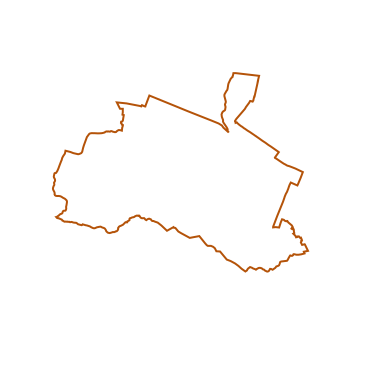 outline of Greci, Tulcea, Romania, rotated 143°
{"feature_id": "2599482B78570250363817", "entity_name": "Greci", "entity_type": "district", "adm_level": 2, "iso_a3": "ROU", "parent_name": "Romania", "parent_adm1": "Tulcea", "projection": "mercator", "projection_center": [28.252, 45.183], "detail": "fine", "context": "isolated", "style": "outline", "palette": "amber", "viewbox_px": 384, "rotation_deg": 143, "n_neighbors": 0, "source": "geoboundaries", "source_scale": "gbopen_adm2", "svg_char_len": 5984}
<svg xmlns="http://www.w3.org/2000/svg" viewBox="0 0 384 384"><g transform="rotate(143 192 192)"><path d="M87.4,262.0L89.4,260.2L90.0,260.0L90.3,259.5L91.0,259.5L93.0,259.1L97.4,256.8L98.3,256.1L101.6,252.9L102.6,252.2L103.6,252.0L106.6,250.7L107.4,250.3L107.9,249.8L108.5,248.9L110.5,244.0L111.2,243.2L112.7,242.3L113.1,241.9L113.7,240.6L113.7,240.3L114.4,239.3L114.8,239.0L116.0,237.8L116.6,237.5L119.0,237.6L120.1,237.2L121.7,236.2L122.8,234.3L123.2,233.2L123.8,231.0L124.0,230.6L124.7,229.8L124.9,229.3L125.1,228.6L125.4,222.7L125.7,221.0L125.8,220.6L126.2,220.2L126.6,219.9L126.8,218.5L126.8,218.3L127.0,218.3L128.2,224.5L128.1,227.1L129.5,230.7L133.5,237.4L142.8,252.6L147.0,259.5L153.6,270.6L168.0,294.7L177.0,289.0L177.8,288.4L178.3,288.9L179.7,291.5L180.2,291.4L181.0,290.9L181.1,291.0L181.6,291.8L182.5,292.8L190.9,302.1L198.1,308.8L199.4,301.8L197.2,300.1L199.3,297.3L201.0,295.6L200.2,294.5L204.3,290.6L205.1,290.4L205.7,290.5L206.3,290.8L207.2,289.9L207.2,289.7L207.0,289.3L207.1,288.7L207.4,288.3L207.5,288.0L206.9,287.1L207.3,286.6L209.1,285.3L211.1,283.2L212.2,284.7L213.3,285.6L213.7,285.7L215.1,285.8L215.6,285.8L216.3,285.6L217.1,285.9L217.5,286.1L219.0,287.9L219.2,288.4L219.9,289.3L220.4,289.5L221.1,289.5L221.9,290.2L222.3,290.7L223.1,291.1L223.4,291.6L224.9,292.2L225.9,292.1L227.7,292.8L229.2,293.6L231.8,295.4L233.7,297.0L236.6,299.3L237.3,299.7L238.4,300.2L239.3,300.2L242.9,299.1L250.3,294.3L252.5,292.7L255.5,290.2L257.0,289.7L258.0,289.9L259.7,290.4L260.3,290.8L263.4,294.5L265.0,297.1L268.2,301.1L270.1,299.4L270.8,299.0L273.0,298.3L275.0,297.4L277.1,295.8L277.9,295.4L281.9,292.9L284.5,291.2L286.8,289.9L288.9,289.1L289.2,289.1L290.3,289.7L290.7,289.6L293.0,287.6L293.5,286.7L293.7,285.1L293.9,284.6L294.1,284.1L294.6,283.4L295.4,282.9L296.4,282.6L296.9,282.0L297.2,281.2L297.8,280.5L299.0,280.0L300.3,279.1L301.1,278.3L301.3,277.9L301.6,276.9L301.9,274.9L302.1,274.4L302.4,273.7L303.2,272.8L303.3,272.2L303.4,271.9L303.1,271.0L302.8,270.6L301.9,269.8L300.9,269.1L300.1,268.3L299.6,267.7L299.1,266.7L298.5,265.0L297.7,263.4L297.5,262.8L297.2,260.9L297.4,260.0L297.7,259.5L298.2,258.9L300.3,256.9L301.4,256.0L301.7,255.6L302.3,254.6L303.0,253.9L303.9,253.4L304.3,253.3L305.7,254.2L306.5,254.3L307.0,254.1L308.2,253.2L309.2,253.1L310.4,253.6L312.9,253.4L314.7,253.5L315.2,253.4L315.5,253.6L315.5,252.9L315.3,252.3L315.2,252.1L314.5,251.6L314.4,251.2L313.9,250.7L313.6,250.0L312.6,248.3L312.6,248.1L312.7,247.0L312.2,246.5L311.8,245.1L311.1,244.6L310.5,244.3L309.9,243.6L309.2,243.2L309.0,242.8L307.9,242.0L307.6,241.3L306.1,240.5L305.2,239.1L304.7,238.6L303.8,237.7L303.2,237.3L302.8,236.6L302.4,234.8L302.0,234.3L300.1,231.9L299.8,231.8L298.8,232.0L296.8,229.3L296.1,228.6L294.2,225.9L293.7,224.5L292.9,223.0L292.4,222.3L291.8,221.8L291.2,221.5L289.1,221.0L287.9,220.4L287.0,220.0L285.8,219.3L285.0,217.6L284.1,216.4L283.7,215.5L283.6,215.1L283.7,213.6L283.8,213.0L284.1,212.2L283.8,210.6L283.6,210.0L282.4,208.7L280.5,208.0L279.2,207.6L278.5,206.9L277.4,206.5L276.7,206.5L275.8,206.0L275.5,206.0L274.3,206.2L273.3,206.8L272.8,207.6L272.5,207.8L272.1,207.8L271.4,208.2L270.3,208.2L269.5,207.9L266.8,207.4L263.3,207.9L262.5,207.1L262.0,206.8L261.5,207.4L259.0,207.1L258.0,208.2L257.5,208.4L256.1,207.9L255.0,207.7L254.2,207.2L252.9,206.8L252.1,206.9L250.3,206.4L249.8,206.0L249.3,205.2L248.6,205.2L248.4,205.0L248.3,204.7L248.4,203.9L248.4,203.4L248.5,202.9L248.4,202.3L247.7,201.1L246.6,200.4L245.9,199.8L245.8,197.9L245.4,197.0L245.1,197.0L244.8,197.1L243.3,196.9L242.3,196.5L241.3,194.9L241.4,194.0L241.2,192.8L240.2,192.0L239.5,190.7L237.8,188.2L236.6,183.7L235.3,176.1L228.0,175.1L228.2,174.6L227.3,173.7L227.0,173.4L226.9,173.0L226.7,168.7L225.4,165.5L221.4,156.7L212.7,152.4L212.4,142.9L212.2,140.6L211.8,139.5L209.3,137.6L208.1,135.5L207.6,133.3L208.2,130.0L205.4,127.6L204.9,117.1L202.7,113.6L200.6,109.0L199.4,105.0L198.6,100.9L197.2,96.4L195.3,96.3L194.4,96.8L193.2,97.1L190.8,97.1L189.7,95.4L189.2,94.1L188.0,92.3L187.7,91.5L187.3,91.4L186.8,91.6L186.0,91.4L184.8,91.3L184.0,91.0L183.2,90.4L182.9,89.9L182.4,89.4L182.2,89.0L182.0,87.7L181.5,87.1L181.2,86.6L181.0,85.3L180.4,84.2L180.0,83.4L179.7,83.1L179.1,82.8L178.3,82.7L177.8,82.8L175.9,83.6L175.2,83.0L174.4,81.4L171.1,81.3L169.4,81.8L168.7,81.5L167.3,81.1L166.6,81.1L166.0,81.4L165.0,82.0L164.0,82.9L163.3,83.0L162.4,82.7L157.9,80.1L157.5,79.9L156.4,80.2L154.6,81.1L152.2,82.1L151.7,82.2L150.7,80.9L150.2,80.7L149.4,80.7L148.6,81.2L148.3,81.2L147.8,80.8L146.4,79.1L144.5,77.7L142.3,76.5L139.1,75.2L138.6,77.0L134.8,75.2L133.4,82.3L133.5,82.5L135.9,83.5L135.5,85.6L135.5,86.0L135.4,86.2L135.2,86.2L134.5,86.8L134.3,87.1L133.8,87.0L133.7,87.3L133.2,87.3L132.8,88.6L132.5,89.9L133.2,90.0L133.2,90.8L133.3,91.2L133.4,92.3L135.1,92.7L135.0,93.2L136.1,93.3L135.9,94.3L135.8,95.1L136.2,97.8L135.0,97.7L134.5,98.9L133.4,100.6L133.1,102.0L134.3,102.0L134.6,102.9L132.6,103.7L132.4,105.3L133.4,109.7L133.4,110.1L133.3,111.5L133.5,111.7L134.1,111.7L134.6,112.2L135.2,113.2L135.3,113.6L135.3,114.1L135.4,114.5L136.5,116.0L139.1,114.5L143.8,111.2L146.3,113.6L148.5,114.9L148.0,115.5L138.3,121.6L125.1,129.5L121.4,132.0L120.9,132.4L118.2,134.0L115.9,135.0L114.5,135.9L113.3,136.6L111.3,138.0L109.7,139.0L107.4,140.1L103.9,133.8L102.4,134.6L96.9,137.8L91.5,141.2L95.3,148.5L98.2,153.2L99.2,154.7L99.6,155.1L100.4,156.4L100.7,157.4L101.6,159.2L102.3,161.1L103.7,165.2L104.5,167.6L105.2,169.3L105.1,169.6L98.7,171.6L99.0,172.7L99.3,173.6L101.6,180.7L102.7,183.7L103.7,187.1L105.0,190.7L106.3,194.9L109.6,204.8L110.7,207.6L111.8,211.0L112.1,211.6L112.3,212.5L112.9,214.5L113.1,214.8L114.0,218.0L114.0,218.4L114.5,220.1L114.3,220.3L114.3,220.6L114.6,221.0L115.5,221.1L115.2,221.7L115.2,222.1L115.2,222.4L114.8,222.9L112.6,223.7L99.8,226.5L98.6,227.0L98.0,227.3L92.6,228.9L90.8,229.7L90.0,228.9L89.5,228.0L89.2,227.7L88.6,228.0L88.3,228.0L88.0,228.1L87.9,228.3L84.8,230.8L84.6,230.6L73.7,239.9L73.8,239.9L72.4,241.2L68.5,244.4L85.3,260.4L87.4,262.0Z" fill="none" stroke="#b45309" stroke-width="2"/></g></svg>